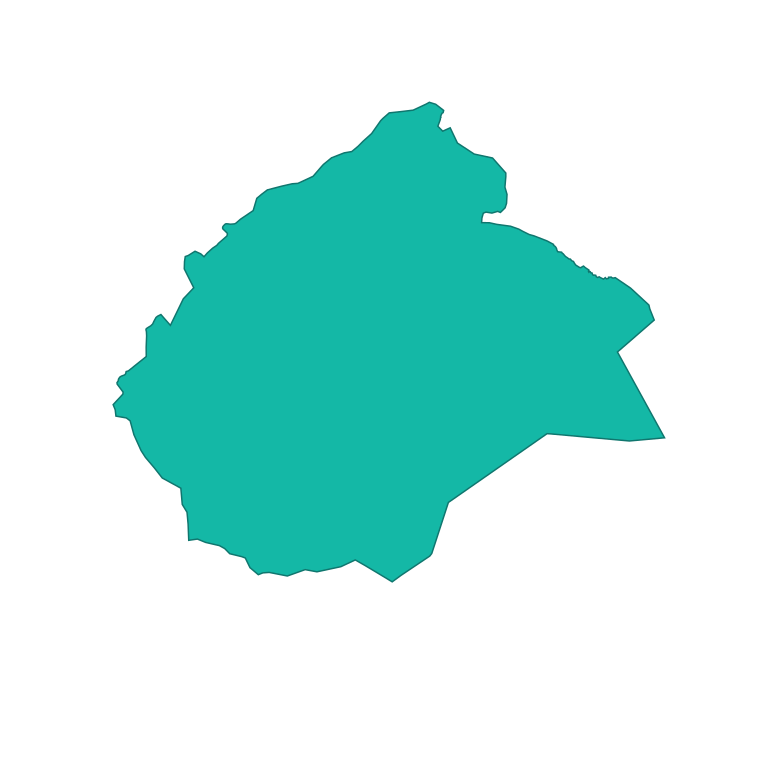 the district of Batsari, Katsina, Nigeria, rotated 228°
{"feature_id": "59680162B85415328791745", "entity_name": "Batsari", "entity_type": "district", "adm_level": 2, "iso_a3": "NGA", "parent_name": "Nigeria", "parent_adm1": "Katsina", "projection": "natural_earth1", "projection_center": [7.287, 12.843], "detail": "fine", "context": "isolated", "style": "filled", "palette": "teal", "viewbox_px": 768, "rotation_deg": 228, "n_neighbors": 0, "source": "geoboundaries", "source_scale": "gbopen_adm2", "svg_char_len": 2883}
<svg xmlns="http://www.w3.org/2000/svg" viewBox="0 0 768 768"><g transform="rotate(228 384 384)"><path d="M156.3,556.5L251.6,578.9L250.7,627.6L262.0,631.8L265.4,633.7L290.3,631.4L308.3,627.0L309.2,625.4L310.1,624.6L311.4,624.4L312.1,623.5L313.1,622.3L312.3,621.5L312.8,620.6L313.4,619.6L315.0,619.6L315.0,618.7L315.1,617.3L316.8,616.6L318.9,615.8L319.7,615.6L320.1,614.1L321.6,613.5L323.1,614.1L324.2,613.2L324.8,612.3L326.2,612.4L327.3,612.9L328.3,612.1L329.3,612.4L330.1,612.2L330.0,611.1L330.9,611.3L331.7,612.5L333.6,612.0L336.0,611.4L338.1,611.2L338.5,609.9L338.7,608.1L340.0,607.2L341.9,606.7L344.0,606.1L346.2,606.3L348.3,606.8L349.6,606.1L350.6,606.0L352.1,606.1L353.2,605.1L355.0,604.8L357.3,604.2L359.0,604.2L360.7,604.3L362.0,604.0L363.1,604.2L363.9,603.5L365.1,602.4L366.1,601.6L366.9,601.8L367.9,602.1L369.1,602.8L370.6,603.2L372.0,603.2L373.5,602.8L374.3,603.4L381.0,601.0L393.9,594.5L397.8,592.0L404.6,589.3L408.9,587.8L416.6,583.6L427.2,574.6L433.2,570.3L438.6,564.5L441.8,567.8L444.5,572.1L443.5,574.8L438.8,578.6L436.2,584.0L433.6,585.3L433.7,588.5L433.9,591.9L436.3,596.0L442.6,602.3L449.4,605.6L456.5,613.2L459.3,615.7L479.3,615.9L494.5,604.9L513.9,599.8L530.1,604.6L532.6,596.8L539.5,596.5L542.8,602.7L544.0,604.1L544.2,604.9L545.1,605.2L545.8,606.9L546.4,608.3L546.1,609.5L547.4,611.4L557.3,609.6L563.0,606.2L563.8,602.7L568.0,588.9L575.2,578.7L582.0,569.3L582.1,560.9L581.9,557.7L578.4,542.4L578.4,531.0L578.0,523.9L578.3,515.6L582.4,509.1L587.2,496.4L587.7,485.9L587.4,483.0L585.8,470.3L590.7,454.3L594.2,449.8L599.4,440.5L606.3,427.2L606.9,419.9L607.1,413.7L600.4,402.8L602.5,387.6L602.6,381.6L603.0,380.1L605.6,376.7L607.3,375.3L608.8,373.8L609.1,372.8L609.0,370.6L608.6,369.2L607.9,368.4L606.8,368.0L604.7,368.2L603.1,368.3L601.3,368.4L600.3,368.1L599.1,366.3L599.3,355.1L598.9,352.5L599.6,347.6L599.6,340.4L599.0,335.4L603.4,334.9L609.1,332.4L610.5,324.5L611.7,321.6L608.5,317.7L603.2,312.6L582.8,307.0L581.6,291.9L570.5,264.5L584.9,264.7L585.9,261.1L586.0,259.1L584.5,254.8L583.4,252.3L583.3,249.5L583.8,247.1L584.2,244.4L583.6,243.4L581.8,242.4L578.6,239.8L570.5,231.9L563.5,225.7L564.8,202.8L565.8,200.7L564.5,198.9L564.3,197.4L564.8,196.1L565.6,194.1L565.9,192.2L565.3,190.0L564.1,188.4L563.7,186.5L562.4,185.6L552.6,184.7L551.2,183.2L549.9,168.9L544.7,167.0L539.5,163.3L531.2,169.8L526.5,170.7L513.6,164.2L497.0,158.9L489.0,157.6L475.3,157.2L462.5,156.3L450.0,160.7L442.5,163.3L429.5,153.5L420.5,151.8L411.0,144.7L398.5,134.3L393.6,141.6L385.7,145.4L378.5,150.4L375.1,152.8L374.1,153.5L368.3,155.5L361.1,155.8L350.8,162.8L347.5,164.5L337.1,161.5L335.9,161.7L326.4,163.0L324.7,167.6L320.8,172.6L306.0,183.7L298.8,201.2L289.3,208.5L277.1,229.7L272.5,244.9L262.0,248.4L247.4,252.9L231.5,257.7L230.4,268.6L225.5,302.9L226.1,306.1L252.9,352.6L238.0,471.9L235.7,474.2L177.5,528.2L156.3,556.5Z" fill="#14b8a6" stroke="#0f766e" stroke-width="1.5"/></g></svg>